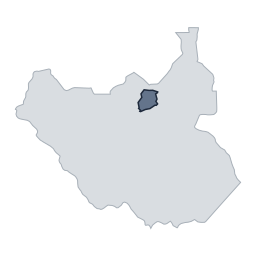 location of Fangak, Jonglei, South Sudan
{"feature_id": "79223893B14796875108361", "entity_name": "Fangak", "entity_type": "district", "adm_level": 2, "iso_a3": "SSD", "parent_name": "South Sudan", "parent_adm1": "Jonglei", "projection": "robinson", "projection_center": [30.661, 9.044], "detail": "fine", "context": "in_parent", "style": "filled", "palette": "slate", "viewbox_px": 256, "rotation_deg": 0, "n_neighbors": 0, "source": "geoboundaries", "source_scale": "gbopen_adm2", "svg_char_len": 3826}
<svg xmlns="http://www.w3.org/2000/svg" viewBox="0 0 256 256"><path d="M214.5,211.6L206.2,221.0L205.6,221.6L204.6,222.3L201.2,222.4L197.8,221.9L194.6,219.5L191.4,221.3L189.3,221.9L188.1,222.2L185.2,222.5L181.2,223.5L179.4,224.7L178.4,225.7L177.5,227.6L177.1,227.8L176.4,227.5L175.4,226.8L173.2,225.7L172.1,223.4L171.1,222.0L170.3,221.2L166.8,223.6L165.2,224.1L163.8,224.1L161.3,222.7L158.6,221.6L157.2,221.6L155.1,223.0L152.6,225.1L151.4,227.2L150.8,228.4L150.0,226.5L149.1,225.3L148.0,224.9L145.7,225.3L145.1,224.7L145.0,223.1L144.7,221.6L144.1,220.5L142.3,219.4L137.7,217.1L134.2,212.6L132.4,210.5L131.2,209.2L129.3,205.6L127.2,203.2L124.7,202.1L123.0,202.6L121.3,205.2L118.1,207.7L116.6,207.8L114.7,206.4L112.3,205.5L108.0,205.1L106.2,206.3L103.9,208.1L101.9,209.2L100.7,209.4L99.5,208.9L98.2,208.7L97.1,208.6L94.8,206.9L93.6,205.7L92.8,204.5L91.5,203.6L90.0,203.0L88.9,201.9L88.4,200.5L87.5,198.8L86.4,197.2L82.9,194.5L81.8,192.8L81.1,191.2L79.7,189.4L78.1,187.0L77.7,183.6L77.6,180.8L77.3,179.5L76.6,178.2L75.9,177.1L74.7,175.8L71.8,174.0L68.8,172.0L67.4,170.7L64.7,170.3L63.1,169.1L61.8,166.5L61.2,164.4L59.9,162.8L59.3,161.6L59.0,160.2L60.1,156.1L58.5,154.6L56.2,152.7L54.5,150.6L53.5,148.7L50.5,146.2L44.0,142.4L40.2,140.0L38.2,137.9L36.4,135.8L36.2,134.9L37.4,132.8L37.6,131.0L36.6,129.1L32.7,125.5L29.6,121.5L27.3,120.3L21.6,119.2L19.9,118.8L18.2,118.0L16.6,116.2L16.0,114.1L16.8,110.7L16.3,109.7L15.4,109.4L15.6,108.7L16.7,107.1L18.5,106.0L23.2,104.3L23.4,103.7L23.5,101.6L23.9,100.5L25.5,97.6L25.8,96.4L25.8,93.9L26.1,92.8L26.5,91.9L27.8,90.5L28.3,89.6L28.5,87.7L28.4,83.9L29.0,82.4L32.0,79.0L32.8,77.4L33.1,76.1L33.0,74.7L33.2,73.3L34.1,72.0L34.9,71.5L37.0,71.1L38.5,71.4L48.9,69.0L50.1,69.4L50.7,70.8L50.6,73.0L50.8,74.0L51.3,74.8L53.0,75.9L54.1,77.6L54.7,78.3L56.4,79.5L64.1,89.6L66.2,90.6L68.3,90.2L72.5,88.1L74.6,87.6L89.3,88.2L91.0,87.9L93.3,93.0L94.4,94.2L110.4,94.2L110.1,92.8L110.3,91.2L113.2,88.0L113.6,87.7L116.1,86.2L118.5,85.2L123.2,84.0L124.9,82.2L125.8,80.5L125.9,77.2L126.5,76.7L127.6,75.9L133.0,73.0L133.9,72.3L143.4,79.2L148.8,84.6L149.1,84.9L149.4,85.0L149.7,84.8L149.9,84.6L150.6,84.3L152.8,84.2L157.2,84.0L158.6,83.3L167.3,73.6L169.5,70.5L170.1,69.9L171.3,67.7L172.6,63.9L172.9,63.5L182.4,54.4L182.7,53.7L182.8,53.1L181.4,50.0L181.1,48.5L181.0,46.1L181.3,42.4L181.2,40.0L181.1,39.4L181.0,39.2L175.7,32.6L189.1,32.5L189.1,31.6L189.1,31.4L188.8,30.6L188.7,29.5L188.7,28.9L188.7,28.4L188.7,28.1L188.7,27.8L188.7,27.7L188.8,27.6L198.4,27.7L198.3,29.6L197.1,34.1L197.2,36.7L196.9,39.8L196.6,40.7L196.1,41.4L195.9,41.8L195.9,42.1L197.9,59.2L197.8,59.9L197.3,60.9L197.1,61.3L197.1,61.6L197.3,61.7L201.8,63.6L202.0,63.7L202.1,63.8L203.7,66.0L212.5,74.1L212.8,74.5L213.7,77.1L213.8,77.5L213.9,78.1L213.9,78.5L213.6,80.1L213.7,80.8L213.9,81.2L214.0,81.7L214.0,81.9L213.9,82.3L212.6,85.2L212.2,87.3L212.1,89.1L212.1,90.1L212.3,90.7L212.4,91.0L212.5,91.1L216.3,91.1L216.3,92.0L216.8,107.4L216.8,109.2L216.7,111.3L216.3,112.2L215.2,113.4L213.8,114.5L210.4,114.8L207.6,114.8L205.6,114.5L202.8,114.4L200.2,114.7L199.3,115.6L195.9,123.8L194.8,125.8L194.5,127.0L194.9,127.7L196.2,128.8L199.1,130.2L202.5,131.1L205.0,131.4L206.7,131.8L208.1,132.3L212.9,136.0L214.4,137.7L215.2,139.2L215.4,140.9L216.1,142.5L220.5,147.6L224.7,150.0L226.3,152.8L227.8,154.1L229.3,155.5L230.1,157.6L231.9,163.8L233.1,167.0L234.3,169.7L234.8,174.0L235.8,175.9L236.8,178.2L238.5,180.3L240.3,182.0L240.6,182.4L222.7,202.4L214.5,211.6Z" fill="#d9dde1" stroke="#a8b0b8" stroke-width="1"/><path d="M139.8,111.3L140.6,111.6L145.3,109.5L149.9,108.6L155.0,105.2L156.3,105.3L157.6,103.9L155.9,101.4L157.0,99.1L155.6,93.9L157.5,92.7L157.7,91.9L152.8,90.3L149.1,90.4L144.1,89.8L141.8,92.8L141.0,93.9L141.8,97.4L138.1,102.5L138.3,103.6L139.1,107.6L138.6,108.4L140.4,110.2L139.8,111.3Z" fill="#64748b" stroke="#1e293b" stroke-width="1.5"/></svg>